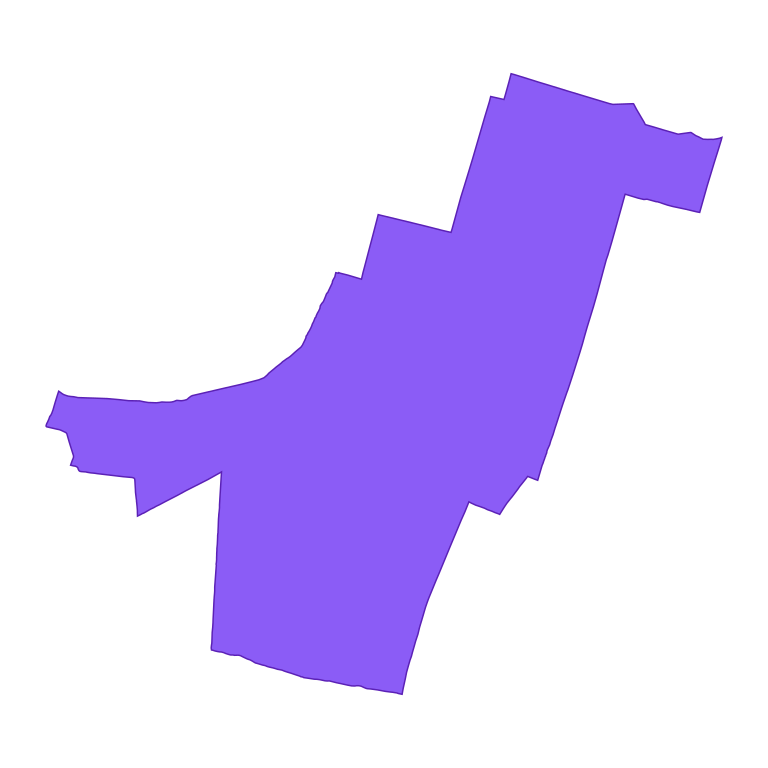 the district of Apele Vii, Dolj, Romania
{"feature_id": "2599482B31738911385156", "entity_name": "Apele Vii", "entity_type": "district", "adm_level": 2, "iso_a3": "ROU", "parent_name": "Romania", "parent_adm1": "Dolj", "projection": "albers", "projection_center": [24.043, 44.082], "detail": "fine", "context": "isolated", "style": "filled", "palette": "violet", "viewbox_px": 768, "rotation_deg": 0, "n_neighbors": 0, "source": "geoboundaries", "source_scale": "gbopen_adm2", "svg_char_len": 6021}
<svg xmlns="http://www.w3.org/2000/svg" viewBox="0 0 768 768"><path d="M710.0,176.6L714.7,161.1L718.3,149.7L721.3,139.9L721.9,137.4L719.7,138.2L716.4,138.9L713.2,139.4L711.2,139.3L707.7,139.4L703.1,139.2L700.8,138.0L698.7,136.9L695.9,135.7L693.9,134.4L691.8,133.0L691.2,132.6L690.3,132.5L689.0,132.7L683.7,133.4L678.1,134.2L667.8,131.2L663.9,130.1L654.0,127.1L645.3,124.6L644.1,122.2L641.2,117.3L636.5,109.3L633.7,104.0L633.5,103.8L633.0,103.7L612.9,104.4L609.4,103.6L594.1,99.0L568.2,91.2L546.4,84.5L538.1,82.0L533.1,80.4L528.9,79.1L514.4,74.6L511.1,73.7L509.1,81.4L505.3,95.0L504.1,99.1L504.0,99.5L490.7,96.5L489.4,101.7L484.7,117.2L472.6,158.8L468.7,171.7L464.0,187.0L460.8,197.3L452.0,229.3L451.0,232.4L441.9,230.3L430.2,227.3L413.2,223.1L380.4,215.2L378.2,214.6L377.0,219.4L372.5,236.7L369.5,248.0L364.5,267.0L363.0,272.6L361.5,279.2L347.8,275.1L340.2,273.2L338.7,272.6L338.4,273.2L335.8,272.7L334.8,276.9L333.1,279.9L332.5,281.3L332.2,283.1L330.1,287.5L328.0,291.9L327.8,292.6L327.2,292.9L326.4,294.1L325.3,297.0L323.6,301.1L322.9,302.2L321.8,303.4L320.3,305.8L319.9,308.4L318.5,311.4L318.0,312.1L317.3,313.4L316.2,315.8L316.1,316.4L315.9,317.0L315.5,317.4L315.1,317.8L313.6,321.6L312.3,324.1L311.7,326.0L310.7,328.2L309.7,330.1L309.1,331.2L308.4,332.3L307.7,333.4L307.5,334.3L306.3,335.9L306.1,336.2L306.0,336.8L305.9,337.8L305.6,338.5L304.7,340.5L303.1,343.7L302.5,345.0L301.8,346.0L301.0,347.1L299.7,348.2L298.1,349.5L295.3,351.9L290.4,356.3L288.5,357.7L286.8,358.7L284.5,360.4L282.6,361.7L281.3,363.0L279.6,364.4L276.2,367.0L274.0,368.9L269.0,373.0L266.9,375.3L263.9,377.8L258.9,379.8L251.2,381.8L240.8,384.4L226.3,387.7L192.3,395.6L190.7,396.4L188.6,398.0L187.8,398.8L186.7,399.6L184.3,400.3L181.8,400.7L180.4,400.7L177.4,400.4L176.6,400.4L173.8,401.5L171.7,402.0L169.8,402.2L165.7,402.2L163.9,402.1L161.8,402.0L159.7,402.4L156.4,402.8L151.4,402.6L148.2,402.5L144.0,401.8L139.7,400.9L128.7,400.7L118.8,399.6L107.4,398.6L93.5,398.1L86.6,397.9L81.4,397.7L77.9,397.6L76.6,397.3L73.5,396.7L70.9,396.5L68.1,396.1L66.5,395.6L64.8,395.0L63.7,394.6L63.2,394.3L61.9,393.5L60.6,392.5L58.7,391.2L57.5,394.8L55.3,401.9L54.2,405.7L53.0,409.9L51.8,413.2L50.7,415.4L49.8,416.4L48.9,419.0L47.4,422.4L46.8,423.4L46.4,424.6L46.1,425.5L46.1,426.2L46.5,426.7L46.9,426.9L47.5,427.0L56.6,429.1L59.5,429.7L60.8,430.2L63.2,431.3L65.9,432.6L66.6,433.4L66.9,433.9L69.2,442.0L71.0,447.8L73.1,454.5L73.5,455.8L73.5,457.2L73.1,458.5L72.3,460.3L71.1,463.7L70.6,465.2L73.4,465.9L75.4,466.2L76.8,466.8L77.8,467.8L78.3,469.4L78.9,470.5L79.5,471.1L80.1,471.4L81.3,471.6L83.8,471.8L85.6,471.9L87.8,472.4L90.9,472.9L94.4,473.2L96.9,473.6L110.5,475.2L123.1,476.7L132.1,477.5L133.6,477.9L134.4,478.5L134.7,479.0L134.9,480.8L135.4,489.6L135.5,492.3L136.3,499.0L136.5,500.2L136.5,501.2L136.7,502.8L137.0,505.8L137.4,510.5L137.4,512.3L137.5,516.1L140.2,514.8L142.3,513.6L143.7,513.1L145.7,512.0L150.5,509.2L153.7,507.7L156.3,506.2L159.5,504.7L164.9,501.8L177.5,495.3L186.1,490.6L207.8,479.6L218.7,473.5L221.5,471.9L219.5,504.8L219.5,507.7L219.2,511.1L218.8,514.6L218.7,516.5L218.5,518.7L218.4,521.1L218.2,527.0L218.0,531.3L218.0,532.8L217.9,533.2L217.8,533.9L217.6,535.9L217.6,536.5L217.7,536.9L217.6,537.3L217.5,540.0L217.3,544.4L216.9,548.5L216.9,550.3L216.8,552.0L216.7,553.4L216.7,555.3L216.6,557.6L216.6,559.8L216.4,562.3L216.1,564.1L216.3,565.3L215.1,581.9L214.7,587.1L214.7,590.8L214.6,592.5L214.5,593.9L214.3,596.0L214.2,597.4L214.1,599.1L214.0,599.7L214.0,600.3L214.0,600.9L213.9,602.5L213.8,604.7L213.4,613.2L213.1,619.2L213.0,622.8L212.7,627.4L212.4,630.4L212.2,632.3L211.9,641.7L211.8,643.4L211.5,645.0L211.3,646.8L211.2,648.0L211.4,649.2L211.5,650.0L212.7,650.2L215.1,651.0L217.8,651.6L219.7,651.9L221.4,652.0L223.9,652.7L225.7,653.5L227.9,654.2L229.9,654.8L230.9,655.0L231.9,655.0L233.0,655.0L234.5,655.3L237.4,655.2L238.1,655.2L239.1,655.3L239.9,655.5L240.6,655.7L242.5,656.7L247.1,658.9L248.5,659.4L249.6,659.7L250.5,660.1L251.6,660.7L253.0,661.5L254.4,662.4L255.5,663.0L256.8,663.3L260.1,664.3L262.3,665.0L264.2,665.4L265.4,665.7L266.7,666.3L267.9,666.7L269.8,667.2L273.0,667.9L275.4,668.6L277.6,669.3L278.8,669.5L280.4,669.8L281.5,670.0L282.7,670.4L283.8,670.9L285.8,671.6L288.0,672.3L291.0,673.2L296.3,675.0L299.7,676.1L301.0,676.8L302.4,676.9L303.7,677.6L305.0,677.8L307.3,678.1L314.3,679.2L317.0,679.3L319.9,679.7L325.0,680.8L327.3,681.0L329.3,680.9L330.5,681.2L336.4,682.7L340.3,683.5L347.5,685.1L351.7,685.9L354.8,686.0L356.6,685.7L358.5,685.7L359.8,685.9L361.2,686.2L363.5,687.3L366.1,688.4L367.3,688.7L368.8,688.8L370.9,689.0L377.5,689.9L385.5,691.4L391.0,692.1L392.3,692.2L395.2,692.7L396.1,692.8L396.7,692.9L398.3,693.5L399.2,693.7L402.1,694.3L403.2,688.3L405.3,678.8L406.6,672.2L408.3,666.1L410.0,660.2L411.4,656.4L412.4,652.5L414.3,645.9L415.6,641.2L416.7,637.9L417.9,634.3L418.7,631.0L419.5,627.6L420.8,623.2L421.6,620.6L423.4,614.5L424.5,610.7L425.5,607.3L427.4,601.8L428.9,597.8L432.4,589.3L436.0,580.5L439.0,573.5L442.4,565.3L450.0,546.9L453.9,537.6L461.2,520.1L465.0,511.6L468.1,503.9L468.9,501.8L471.3,503.1L473.9,504.3L475.8,505.2L477.1,505.6L479.2,506.3L483.1,507.7L484.5,508.2L486.7,509.3L487.8,509.8L492.1,511.3L495.0,512.6L498.4,513.8L499.7,514.4L501.8,511.0L503.7,508.0L505.0,506.0L506.9,503.2L510.3,498.9L512.0,496.9L517.9,489.1L519.5,486.7L523.4,481.9L526.1,478.5L527.5,476.6L527.7,476.4L535.0,479.3L537.7,480.3L542.1,465.4L543.0,463.3L543.7,461.1L544.7,458.4L544.9,457.5L545.1,457.0L545.4,456.6L545.8,455.0L546.6,453.2L546.7,452.8L546.9,451.2L547.4,449.7L547.9,448.6L549.6,444.9L550.8,440.7L553.1,434.5L555.1,427.8L556.2,424.6L560.7,410.6L563.1,403.3L564.9,398.1L566.8,392.6L567.9,389.7L572.9,374.5L579.9,352.3L582.5,343.7L584.7,335.7L587.1,327.3L593.5,306.5L597.2,293.5L603.4,270.3L606.3,259.6L607.9,255.1L611.9,241.5L614.0,234.0L621.7,206.5L624.8,195.3L625.2,194.2L629.2,195.4L638.0,198.1L643.9,199.5L646.9,199.2L647.8,199.4L650.7,200.2L656.1,201.7L657.6,201.8L667.5,205.1L672.8,206.5L685.6,209.2L696.9,211.9L699.7,212.4L707.2,185.8L710.0,176.6Z" fill="#8b5cf6" stroke="#5b21b6" stroke-width="1.5"/></svg>